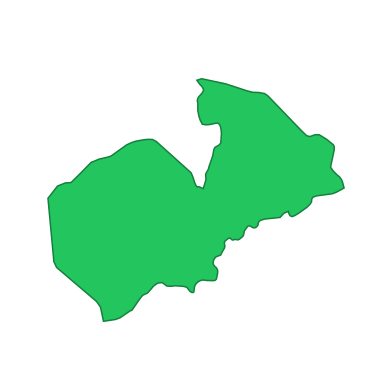 the border of Marahoué, rotated 78°
{"feature_id": "CIV-3444", "entity_name": "Marahoué", "entity_type": "Department", "adm_level": 1, "iso_a3": "CIV", "parent_name": "Ivory Coast", "parent_adm1": "", "projection": "robinson", "projection_center": [-5.831, 7.116], "detail": "fine", "context": "isolated", "style": "filled", "palette": "green", "viewbox_px": 384, "rotation_deg": 78, "n_neighbors": 0, "source": "natural_earth", "source_scale": "10m", "svg_char_len": 2611}
<svg xmlns="http://www.w3.org/2000/svg" viewBox="0 0 384 384"><g transform="rotate(78 192 192)"><path d="M300.0,305.5L299.7,305.5L285.7,305.4L279.3,308.1L237.7,340.1L231.5,341.6L168.2,334.2L158.2,322.3L156.8,314.1L157.6,308.3L150.3,296.9L142.1,284.6L140.5,275.9L140.4,267.8L140.0,263.8L132.3,246.1L131.1,240.7L130.6,236.0L130.9,227.8L131.4,223.7L132.5,219.6L135.2,216.4L173.0,188.9L177.6,188.0L183.6,187.4L186.3,186.8L187.9,186.1L188.3,184.2L188.9,183.2L191.1,180.3L182.8,175.8L177.6,175.0L176.9,174.6L173.0,171.2L170.5,170.0L160.9,164.2L155.3,161.9L154.0,161.1L153.3,160.4L152.8,159.4L151.8,156.1L150.1,153.7L140.8,151.0L136.7,150.6L133.8,150.6L132.5,150.9L130.5,151.8L129.9,152.7L129.7,154.0L129.7,160.8L129.2,164.4L127.9,167.8L123.7,169.0L119.4,169.5L113.7,169.4L106.6,167.9L103.5,167.8L101.6,166.8L100.2,165.6L98.9,163.7L97.4,161.7L95.4,159.8L93.4,159.5L90.8,160.4L88.5,161.9L83.7,164.0L83.2,159.0L93.3,136.4L104.4,117.3L107.1,111.8L108.6,105.8L110.8,100.5L113.7,97.8L154.6,72.3L160.8,68.1L161.4,66.9L162.2,65.4L162.2,64.4L161.6,60.1L161.8,58.2L162.5,55.6L168.4,49.4L175.2,43.9L177.4,43.4L180.3,44.1L196.5,51.3L200.4,49.7L204.3,47.3L208.3,44.3L211.3,43.1L213.5,42.7L219.7,42.4L222.3,51.1L222.9,55.2L221.7,71.0L222.0,73.4L222.4,75.0L223.2,75.8L224.1,76.4L225.2,76.8L226.5,77.1L228.5,79.1L230.8,82.6L234.8,91.7L236.3,95.9L236.9,98.9L236.5,100.0L235.8,100.7L234.9,101.3L232.8,101.8L231.0,101.8L231.8,106.2L232.3,107.1L235.2,111.1L233.6,126.4L234.0,131.2L235.2,133.0L236.0,133.6L238.1,134.3L239.7,136.3L240.1,137.8L239.9,139.2L239.3,140.2L237.6,141.9L236.9,143.1L237.0,144.1L237.5,145.1L239.1,146.7L239.7,147.5L240.5,148.3L241.3,149.0L244.4,150.3L245.7,151.2L246.7,152.7L248.1,155.5L248.4,157.0L247.8,158.5L247.2,160.6L247.6,161.8L247.1,162.8L246.2,163.5L245.1,164.2L244.8,165.2L245.1,166.4L246.5,169.2L247.3,170.3L248.3,170.8L249.3,171.1L250.6,171.0L251.9,171.1L253.5,171.8L257.1,175.1L259.6,177.0L259.9,178.4L260.0,179.9L260.6,182.4L261.7,183.7L263.5,185.2L264.8,185.8L266.1,186.1L267.2,186.1L268.4,185.8L269.3,185.3L270.2,184.6L270.8,184.1L272.0,183.6L273.9,183.2L275.3,183.4L276.7,183.8L282.4,186.3L283.1,187.5L283.3,188.9L281.7,195.7L280.6,198.8L280.3,200.3L280.4,202.1L281.1,204.7L282.1,206.4L283.1,207.6L284.0,208.4L284.9,209.0L285.9,209.5L290.0,210.9L290.5,211.8L290.4,212.8L289.7,213.7L288.9,214.5L286.3,215.9L284.2,216.8L282.7,219.6L282.1,221.4L280.2,228.2L279.9,232.0L278.8,236.1L274.4,240.0L274.0,244.4L275.8,248.8L281.5,256.3L282.7,261.5L284.8,264.3L295.1,275.3L295.5,277.4L297.8,283.0L300.0,288.3L300.8,293.3L300.1,305.2L300.0,305.5Z" fill="#22c55e" stroke="#15803d" stroke-width="1.5"/></g></svg>